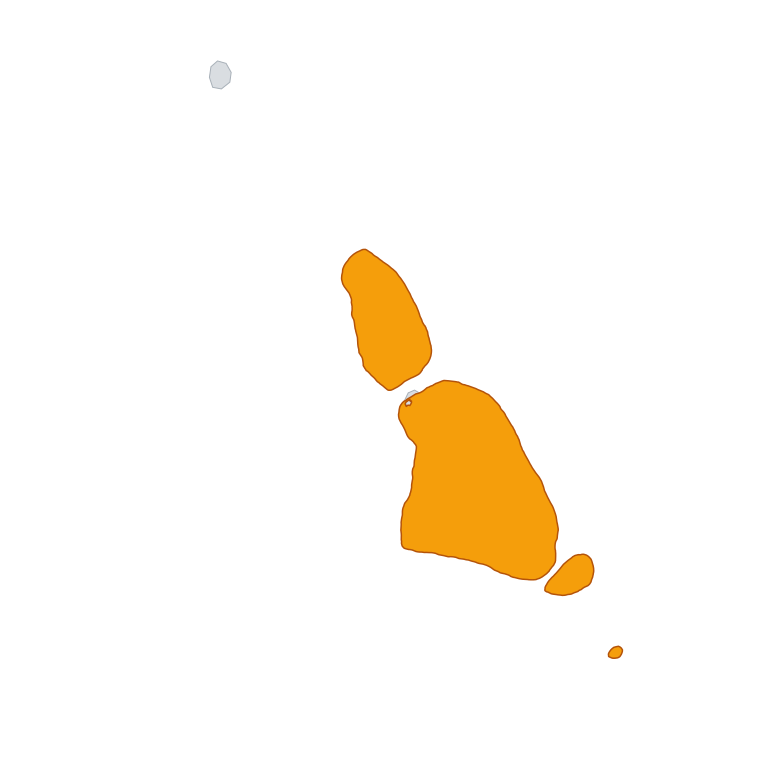 location of Male', Maldives, rotated 144°
{"feature_id": "70690204B31972615950169", "entity_name": "Male'", "entity_type": "district", "adm_level": 2, "iso_a3": "MDV", "parent_name": "Maldives", "parent_adm1": "", "projection": "orthographic", "projection_center": [73.47, 4.391], "detail": "fine", "context": "in_parent", "style": "filled", "palette": "amber", "viewbox_px": 768, "rotation_deg": 144, "n_neighbors": 0, "source": "geoboundaries", "source_scale": "gbopen_adm2", "svg_char_len": 6443}
<svg xmlns="http://www.w3.org/2000/svg" viewBox="0 0 768 768"><g transform="rotate(144 384 384)"><path d="M376.7,358.8L369.6,362.6L362.9,361.1L360.7,356.2L364.0,349.1L369.5,339.9L373.4,330.0L379.0,324.6L383.3,326.4L382.8,332.0L380.8,339.7L379.5,349.6L376.7,358.8ZM337.5,742.4L328.8,743.2L323.3,736.2L324.5,725.9L331.3,718.8L342.1,718.3L348.2,724.7L345.0,734.7L337.5,742.4Z" fill="#d9dde1" stroke="#a8b0b8" stroke-width="1"/><path d="M463.6,244.7L464.5,242.3L464.5,241.3L464.2,239.3L463.6,238.4L462.4,236.9L461.2,235.5L460.3,234.8L458.7,233.1L456.6,229.7L455.5,228.5L454.2,227.3L452.1,225.7L450.4,224.0L448.8,222.9L446.1,220.7L444.6,219.6L443.4,218.4L441.9,216.8L440.1,213.8L436.5,210.0L433.6,206.5L431.5,205.1L429.6,203.5L427.7,201.5L425.9,198.7L422.5,195.5L420.8,193.5L419.1,191.9L418.0,190.3L416.7,188.6L415.8,187.6L414.5,185.9L413.8,184.6L412.5,182.9L409.8,180.1L407.6,177.1L406.6,175.3L405.9,173.9L405.3,172.5L404.4,169.6L404.0,168.5L401.8,165.0L400.9,162.9L399.1,160.8L397.8,159.4L396.8,158.0L395.6,156.4L394.9,155.0L394.6,153.9L393.1,151.7L392.0,150.6L389.1,147.1L386.7,144.7L382.7,141.4L381.7,140.4L379.2,138.5L377.6,137.4L375.9,136.4L374.5,136.1L372.5,135.4L369.5,135.0L364.0,135.0L360.3,135.6L358.9,136.3L357.6,136.6L355.0,137.4L353.6,137.6L350.2,139.3L349.0,140.4L346.5,143.6L344.6,146.2L343.9,147.4L343.1,148.6L342.7,149.7L341.8,151.2L340.1,153.4L338.9,154.6L337.8,155.6L335.2,156.9L334.3,157.7L332.7,159.6L330.5,161.9L328.9,163.4L328.0,164.8L325.8,169.3L325.3,170.6L323.5,174.0L322.7,175.5L321.7,178.2L320.0,183.9L319.5,186.2L319.1,190.2L318.2,196.3L317.2,201.3L317.0,203.0L315.4,207.1L313.8,212.7L313.7,213.5L313.3,217.3L313.5,222.9L313.3,229.2L313.0,231.5L312.8,233.8L312.3,236.9L311.6,243.2L311.2,245.6L310.9,246.9L310.8,249.3L310.0,251.8L309.7,253.6L307.5,259.6L307.2,261.6L306.8,263.0L306.7,265.4L306.3,267.6L305.8,269.2L305.5,271.4L305.1,273.9L305.2,275.6L304.4,284.2L304.3,286.2L303.8,288.4L303.7,289.9L303.7,291.3L304.0,293.5L304.1,295.6L303.5,297.5L303.5,299.2L303.7,301.7L304.1,304.0L304.6,308.6L305.2,311.3L305.6,313.9L307.2,316.7L308.2,319.2L311.3,324.2L312.4,326.3L317.1,333.2L318.0,334.2L319.2,336.0L320.1,336.8L321.0,338.0L322.5,341.6L323.5,342.5L324.8,343.9L330.0,348.7L333.4,351.6L335.2,352.2L339.7,353.3L341.9,354.0L342.5,354.0L344.2,354.2L345.6,354.2L347.0,354.7L348.4,355.0L349.4,355.1L351.4,355.7L355.0,355.4L357.2,355.4L359.5,355.7L361.2,356.1L364.2,357.3L369.4,357.6L374.2,358.1L375.9,357.9L377.9,358.3L380.2,358.0L383.0,357.1L384.7,356.2L386.8,354.3L388.6,352.3L390.1,350.9L391.2,349.2L392.3,346.9L393.1,342.4L393.2,340.1L393.5,337.7L394.0,334.8L395.3,329.5L395.6,327.5L395.5,324.7L394.7,322.5L394.2,319.9L394.3,318.4L394.1,316.2L394.5,314.4L396.0,312.5L399.3,309.2L402.2,306.1L404.2,304.4L405.6,302.8L406.8,301.3L408.1,299.8L410.7,298.4L412.6,296.5L414.0,294.6L415.4,291.9L416.6,290.4L417.9,289.2L420.9,286.2L422.7,283.8L424.5,282.2L426.1,280.8L427.3,280.0L428.5,278.9L429.9,278.1L433.0,276.6L434.6,276.1L436.9,275.5L438.2,274.8L439.6,273.7L441.4,272.6L442.7,271.5L443.9,270.2L446.2,267.1L447.6,265.9L448.8,264.8L451.4,262.1L452.6,260.3L453.8,258.8L456.2,255.9L457.9,252.9L458.8,251.5L461.6,247.8L462.2,246.5L463.6,244.7ZM376.6,356.4L373.5,356.4L372.5,356.2L373.0,355.7L372.8,354.9L372.6,355.1L372.3,355.1L372.1,354.6L371.9,354.0L372.6,352.9L373.7,352.2L375.7,351.4L376.7,352.5L377.3,352.8L377.9,352.9L378.6,352.7L378.9,352.7L379.1,353.1L379.1,353.5L378.7,355.1L378.5,355.6L377.6,356.2L376.6,356.4ZM390.3,407.6L390.3,406.5L390.5,405.3L390.0,404.3L389.7,403.3L389.3,400.5L389.3,399.4L389.0,397.7L388.4,395.1L388.3,394.2L388.3,393.6L388.1,393.0L388.2,392.1L388.0,389.8L387.3,387.9L387.2,386.9L386.0,383.1L385.4,380.4L384.6,377.4L384.2,376.5L382.8,375.4L381.6,374.8L379.8,374.4L377.5,374.1L374.8,373.7L372.5,373.6L370.0,373.6L365.9,374.0L358.4,372.9L356.9,372.5L353.6,371.9L350.4,371.5L348.9,371.6L347.5,371.9L345.6,372.6L345.1,372.7L343.8,373.6L342.5,373.9L340.2,374.6L338.6,374.8L337.2,375.1L335.1,375.8L332.0,377.5L329.5,379.3L327.3,381.5L326.2,382.8L325.5,383.8L324.9,385.0L323.5,387.4L323.1,388.8L322.1,391.2L321.2,393.5L320.7,394.4L320.2,396.2L319.5,397.9L318.1,400.6L317.4,404.0L316.9,405.2L316.9,406.4L316.7,406.9L316.9,407.9L316.6,411.3L315.8,413.8L315.1,417.6L314.4,419.5L313.4,422.8L312.1,428.0L311.7,431.7L311.7,433.2L311.1,435.8L310.9,437.9L310.0,441.6L309.6,445.5L309.5,446.3L308.6,452.9L308.4,459.7L308.5,461.2L308.6,462.0L308.5,467.2L308.8,468.9L309.4,471.6L309.9,473.1L310.6,476.3L311.1,478.1L313.1,483.5L313.3,484.5L314.0,486.6L314.4,487.9L314.6,488.9L315.0,490.3L316.2,493.0L316.7,494.6L317.0,496.6L317.4,497.8L318.1,499.5L319.2,502.5L319.9,503.8L320.7,504.4L322.0,505.2L323.3,505.6L325.2,505.9L328.6,506.6L331.9,506.8L333.8,506.7L334.4,506.6L336.3,506.4L338.7,505.9L340.6,505.1L343.1,504.5L344.6,504.0L346.5,503.2L349.2,501.6L350.3,500.7L352.0,498.7L354.1,496.9L356.1,494.6L356.9,493.3L358.5,489.2L358.9,486.2L358.8,477.9L359.3,475.8L360.2,472.5L360.6,471.6L360.9,471.0L362.5,469.1L364.2,465.5L364.9,464.6L365.6,463.5L366.9,461.9L367.8,461.1L369.1,459.5L369.5,458.8L370.2,456.8L370.6,454.1L371.0,452.9L372.1,450.7L373.3,448.6L374.8,445.7L375.2,444.5L375.8,443.3L377.8,438.1L378.3,437.0L381.9,431.4L383.0,429.4L384.1,426.8L384.8,425.7L385.2,424.9L385.8,424.0L386.1,418.6L386.4,417.4L386.9,416.4L387.3,415.5L388.8,412.8L390.0,411.0L390.3,407.6ZM375.1,121.6L374.6,120.3L373.9,119.5L373.6,119.1L372.0,116.0L370.8,114.7L368.4,112.4L367.0,111.0L365.4,109.6L364.0,108.2L362.5,107.2L361.0,106.4L359.1,105.7L357.2,104.6L355.7,103.9L353.1,103.4L349.1,102.2L347.3,102.3L345.4,101.8L342.9,101.9L341.3,101.8L337.6,101.0L335.5,101.2L334.1,101.7L332.9,102.2L330.9,103.8L329.6,104.6L328.5,105.3L327.9,106.0L327.1,106.6L325.7,108.0L325.1,108.5L324.2,109.5L322.7,111.8L321.6,114.1L320.9,116.1L320.1,118.3L319.7,119.7L319.5,121.1L319.9,124.2L320.5,125.9L320.8,126.6L322.3,128.6L322.8,129.1L323.8,129.8L325.4,130.4L327.3,131.8L330.3,133.0L332.9,133.3L334.4,133.1L338.6,133.1L340.1,133.0L344.8,132.6L350.2,131.1L355.6,129.8L358.1,129.4L359.8,129.0L361.9,128.8L363.7,128.4L365.7,128.0L367.1,127.6L368.9,126.9L370.3,126.2L371.6,125.7L373.2,124.8L373.9,123.9L374.6,123.2L375.2,122.3L375.1,121.6ZM362.4,31.5L361.8,30.2L360.5,28.1L359.2,27.0L357.6,26.0L355.8,25.1L353.8,24.8L352.6,25.1L350.5,26.0L348.5,27.4L347.4,28.7L347.2,30.7L347.6,32.4L348.4,33.9L349.5,34.5L351.6,35.4L353.0,35.9L355.1,35.8L356.6,35.6L358.3,35.1L360.0,34.4L361.2,33.6L362.4,31.5Z" fill="#f59e0b" stroke="#b45309" stroke-width="1.5"/></g></svg>